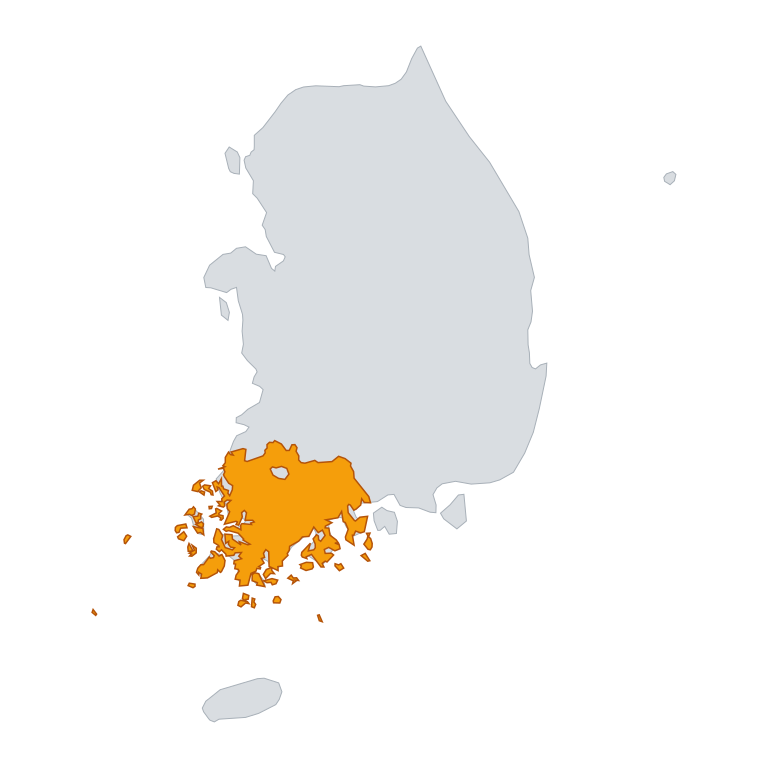 South Jeolla on a map of South Korea (Albers equal-area conic projection)
{"feature_id": "KOR-2506", "entity_name": "South Jeolla", "entity_type": "Metropolitan City", "adm_level": 1, "iso_a3": "KOR", "parent_name": "South Korea", "parent_adm1": "", "projection": "albers", "projection_center": [126.652, 34.734], "detail": "fine", "context": "in_parent", "style": "filled", "palette": "amber", "viewbox_px": 768, "rotation_deg": 0, "n_neighbors": 0, "source": "natural_earth", "source_scale": "10m", "svg_char_len": 9334}
<svg xmlns="http://www.w3.org/2000/svg" viewBox="0 0 768 768"><path d="M251.1,152.1L254.1,149.7L254.3,146.3L254.3,135.3L262.9,127.6L275.1,111.8L281.1,103.1L287.9,95.0L295.8,89.6L303.5,87.0L315.7,85.8L339.1,86.7L343.6,85.7L359.9,84.7L363.7,86.1L375.5,86.9L388.6,85.7L395.2,83.3L401.2,79.2L406.4,72.0L411.7,58.6L417.4,48.1L420.8,46.1L445.7,101.2L469.3,136.6L489.6,162.2L518.9,211.6L527.8,238.2L529.1,254.7L534.4,277.4L530.7,290.6L532.5,311.2L531.0,321.9L527.8,329.8L528.1,344.8L529.4,352.8L529.8,363.4L532.1,367.5L535.5,368.9L540.5,364.9L546.8,363.1L546.1,376.0L539.3,408.6L533.3,432.3L524.7,453.1L513.5,472.2L499.7,479.9L489.9,482.8L471.2,484.1L455.5,481.3L442.2,483.8L436.9,487.9L433.0,494.6L436.1,505.0L435.9,512.7L430.1,512.2L418.6,507.9L406.0,507.5L400.1,505.4L394.0,494.4L387.9,494.9L377.4,501.6L361.3,503.2L355.6,506.8L353.7,511.4L356.1,517.1L364.3,524.6L361.7,532.3L353.2,536.2L346.3,526.9L341.9,517.7L337.1,517.2L329.7,519.9L328.3,529.9L331.8,536.6L337.6,544.4L329.7,553.6L327.6,560.0L321.9,564.7L306.3,554.5L308.5,547.2L315.2,540.1L316.0,532.8L313.7,528.5L291.7,547.0L278.1,568.0L270.8,566.5L267.7,561.1L263.4,558.9L248.6,572.4L245.9,583.1L240.5,583.5L238.1,579.0L237.9,569.3L235.4,561.1L220.2,549.2L213.2,538.7L217.0,532.9L229.7,536.1L239.8,535.7L237.8,530.8L234.6,528.5L241.3,525.7L246.9,520.0L242.2,518.5L235.1,521.7L229.2,520.1L226.9,506.5L219.8,492.5L216.2,478.9L223.2,471.1L226.9,459.0L233.5,441.4L236.7,435.7L245.8,431.6L249.0,427.1L244.1,424.7L236.1,422.7L236.3,417.6L241.7,414.8L247.8,409.3L259.5,402.5L263.1,389.6L259.7,386.4L252.4,383.3L254.1,376.9L257.1,371.9L255.9,369.0L247.4,360.6L241.7,353.0L243.4,344.3L242.1,331.2L242.9,320.2L242.5,314.3L238.3,300.8L236.5,287.4L231.0,289.3L226.6,292.6L210.8,287.8L205.8,287.5L203.8,277.5L209.6,265.2L223.0,254.4L230.7,253.1L236.5,248.3L245.5,246.8L256.3,254.2L266.1,255.7L271.5,268.4L274.8,271.1L275.5,266.4L283.4,260.9L285.2,256.8L283.5,254.5L274.5,252.3L266.3,236.5L265.2,229.6L262.2,225.2L266.6,212.6L257.2,198.2L252.7,193.7L253.4,180.7L248.5,172.5L245.8,168.0L244.1,160.2L245.6,156.7L249.8,155.3L251.1,152.1ZM219.0,719.2L214.3,721.9L210.0,720.2L208.8,718.9L203.6,711.8L202.3,708.1L205.8,701.2L220.2,689.7L257.4,678.7L264.1,678.2L278.7,682.9L281.9,691.8L279.2,699.5L275.8,704.6L258.8,713.3L245.6,717.4L219.0,719.2ZM466.4,521.0L456.9,528.9L443.7,518.8L440.5,513.2L450.2,504.7L458.4,495.0L463.9,494.3L466.4,521.0ZM397.4,521.3L396.4,533.5L389.2,534.2L384.7,526.4L380.2,530.3L377.8,530.4L374.1,520.7L373.4,513.1L381.8,507.2L387.0,510.6L394.4,512.3L397.4,521.3ZM209.9,576.4L203.3,578.3L199.6,574.0L197.1,572.8L198.6,567.2L209.3,556.2L211.4,552.4L221.3,554.7L225.0,560.6L220.4,569.5L209.9,576.4ZM239.9,157.7L239.4,174.1L234.0,173.4L230.3,171.7L228.7,168.5L225.0,153.3L229.2,147.0L237.3,152.0L239.9,157.7ZM203.8,531.5L202.4,534.5L198.0,533.6L193.4,525.0L191.6,518.2L187.1,514.4L194.3,508.6L203.5,519.2L203.8,531.5ZM229.4,312.4L228.0,320.4L221.4,315.1L219.5,297.4L226.3,302.6L229.4,312.4ZM674.4,180.8L670.1,184.7L664.6,181.3L663.8,177.4L666.4,173.9L672.8,171.6L675.9,174.4L674.4,180.8ZM263.3,579.8L265.0,585.7L256.7,584.6L252.3,578.9L252.9,574.0L257.8,573.3L263.3,579.8ZM370.4,545.4L369.3,549.3L364.0,543.5L369.1,537.1L370.4,545.4Z" fill="#d9dde1" stroke="#a8b0b8" stroke-width="1"/><path d="M370.5,502.8L364.3,502.5L361.7,498.8L360.7,505.0L356.0,509.2L353.8,510.2L350.3,505.0L348.7,504.4L347.6,506.0L348.2,512.7L354.4,520.5L355.5,521.0L359.9,517.2L367.6,516.3L364.3,531.7L360.7,532.9L355.6,531.1L353.8,535.2L352.4,535.2L354.1,545.2L345.9,539.8L345.4,537.0L348.2,529.3L345.3,522.5L343.2,521.6L341.6,511.5L337.9,517.8L325.8,519.8L331.9,522.7L325.4,526.1L325.1,527.8L328.9,528.2L330.0,535.2L336.2,539.9L338.4,543.0L334.8,543.0L339.2,544.7L340.1,548.7L334.9,550.8L328.7,547.4L324.3,549.5L325.2,553.4L331.4,553.2L333.6,555.0L327.0,562.0L325.2,561.1L322.2,563.4L323.9,567.0L321.0,567.0L311.5,554.4L306.2,556.8L306.9,558.6L302.3,557.0L301.3,555.2L301.8,552.3L310.4,543.2L308.3,550.9L313.8,549.8L315.3,547.7L315.2,544.0L313.1,538.9L316.6,534.7L318.4,536.0L318.6,539.7L320.7,541.3L325.1,535.5L322.4,530.1L318.2,532.6L313.8,527.0L308.9,536.4L302.4,536.9L298.7,541.1L289.6,546.3L289.3,550.2L287.2,553.6L288.0,555.3L282.3,560.9L282.5,566.0L277.9,566.6L278.1,570.6L269.1,566.4L268.7,551.8L265.8,549.6L263.5,553.2L264.6,557.5L261.4,558.5L264.1,563.0L258.7,566.6L260.6,567.5L260.2,569.0L256.8,568.4L256.0,571.1L251.0,573.4L247.9,585.2L239.4,586.0L240.1,580.1L235.2,579.2L236.1,575.2L239.1,571.1L238.2,569.4L234.8,568.7L235.6,564.1L233.8,563.8L234.2,560.8L241.6,558.7L238.7,556.2L241.4,552.5L235.2,552.8L233.8,555.3L226.1,556.1L225.9,554.2L221.5,549.8L219.4,551.7L216.3,549.2L217.0,546.8L219.1,546.8L218.7,545.5L213.9,542.6L213.7,539.0L216.7,528.8L218.9,529.5L222.7,535.7L221.5,539.5L225.2,547.6L232.5,549.9L234.5,547.7L230.6,547.1L228.4,544.2L228.7,541.3L225.6,543.4L224.9,534.1L232.0,534.7L232.5,539.1L241.0,545.0L239.3,541.7L247.8,544.8L250.0,544.2L243.0,540.0L243.7,539.1L238.2,533.2L228.7,530.6L226.1,531.3L223.4,529.3L226.3,526.9L229.4,527.4L233.3,525.7L240.9,529.8L240.7,525.2L241.9,523.6L251.5,524.5L250.7,523.0L254.2,522.0L252.7,520.3L245.1,520.3L246.5,512.7L244.3,510.4L241.6,512.7L242.3,516.9L238.7,525.2L236.0,524.6L237.4,522.0L236.0,521.3L224.4,524.2L229.7,511.7L227.3,508.6L226.9,504.2L230.9,500.4L227.2,500.0L224.2,502.0L224.8,505.8L223.4,507.1L218.5,505.8L219.9,505.0L217.1,501.5L222.0,501.5L221.7,498.8L224.5,496.0L219.1,487.7L217.2,487.0L218.0,489.8L215.8,491.5L212.4,482.7L215.9,480.7L218.6,483.7L221.4,478.6L221.6,486.1L222.8,486.1L223.7,488.9L228.4,490.5L227.9,493.3L229.7,495.7L232.3,489.8L232.6,485.6L228.7,483.2L224.3,476.5L223.5,474.7L224.9,471.8L223.6,468.3L218.0,469.1L225.0,466.7L222.9,465.7L225.3,462.7L225.3,457.4L228.5,452.1L230.5,454.6L233.2,455.1L231.0,452.0L243.0,448.6L245.9,449.4L244.6,460.7L247.1,461.5L263.0,455.9L265.2,452.9L264.9,450.3L267.1,448.0L267.0,444.6L269.5,442.3L273.0,442.6L274.7,440.6L281.4,444.0L286.2,450.5L289.3,450.4L291.9,444.8L294.9,444.6L297.0,447.7L296.1,451.3L298.8,455.9L298.7,460.0L301.1,462.6L304.9,463.2L314.8,460.4L318.0,462.6L332.0,461.6L338.6,456.3L345.1,458.6L351.0,463.2L350.5,466.0L353.6,471.6L354.1,478.2L368.8,496.6L370.5,502.8ZM286.8,468.4L281.5,466.4L276.1,467.9L272.4,466.9L270.2,469.0L273.0,475.1L278.6,478.4L284.9,479.4L288.9,474.1L286.8,468.4ZM225.0,560.5L224.3,566.0L221.4,571.7L220.4,572.4L217.7,569.8L217.3,572.6L207.5,577.9L200.8,578.3L201.6,574.1L198.7,572.3L198.7,574.9L196.5,572.3L197.8,568.2L200.8,564.8L203.6,564.6L209.3,556.9L210.4,558.3L213.5,557.6L214.2,555.7L210.8,552.0L211.4,551.0L214.8,551.8L219.1,556.1L221.9,554.5L225.0,560.5ZM258.8,573.7L264.8,586.6L256.7,585.1L257.4,582.7L252.1,580.7L252.2,574.6L254.7,572.8L258.8,573.7ZM306.3,562.3L312.6,562.7L313.4,567.0L312.1,568.9L306.0,570.5L300.6,568.0L301.3,565.8L299.9,564.6L306.3,562.3ZM368.5,536.8L370.6,538.5L372.2,543.4L372.0,547.0L370.3,549.8L368.0,549.3L363.9,544.2L367.1,539.1L367.9,535.9L366.5,533.3L370.0,533.1L368.5,536.8ZM197.7,491.6L192.2,490.3L193.5,485.2L199.7,480.2L203.3,480.2L199.5,483.0L201.2,487.8L197.7,491.6ZM219.0,514.8L223.0,515.7L223.2,518.3L221.2,520.2L220.1,519.8L220.8,517.8L217.6,516.0L211.7,517.4L209.8,516.2L216.2,512.9L215.6,508.9L216.7,508.4L221.6,511.0L218.8,513.5L219.0,514.8ZM265.6,578.5L263.3,574.5L266.3,569.5L270.4,567.9L271.7,568.1L271.8,570.5L274.4,573.7L270.6,573.4L265.6,578.5ZM185.8,524.0L187.0,527.8L180.7,528.2L179.0,532.4L176.6,532.8L175.2,530.6L175.4,527.4L177.3,525.6L185.8,524.0ZM192.0,508.7L193.5,506.8L195.4,509.0L194.5,514.0L191.9,515.5L189.5,514.3L184.9,515.0L189.2,509.2L192.0,508.7ZM202.9,528.5L203.8,534.9L200.3,532.4L197.6,533.1L193.3,526.6L202.9,528.5ZM183.8,531.7L186.7,536.2L183.8,540.7L178.5,538.8L177.6,536.8L183.8,531.7ZM196.1,523.0L193.1,516.6L197.8,516.2L198.8,513.1L201.8,514.1L200.5,515.7L200.8,518.8L198.4,519.9L198.1,522.5L196.1,523.0ZM210.3,492.2L204.3,489.5L202.6,486.3L204.6,484.9L210.5,485.8L208.7,488.5L212.4,491.1L213.0,495.0L211.2,494.7L210.3,492.2ZM276.0,583.7L272.3,584.8L271.0,582.4L266.9,582.7L263.7,580.8L272.0,578.6L277.7,580.1L276.0,583.7ZM278.3,596.5L281.0,599.6L279.8,603.0L273.6,602.8L273.2,600.9L275.1,596.8L278.3,596.5ZM247.4,601.6L248.9,603.6L245.6,603.0L241.0,606.9L237.9,605.3L238.8,601.6L240.6,600.3L247.4,601.6ZM340.9,563.7L343.7,568.1L339.4,570.7L335.0,565.9L335.1,563.7L338.6,564.9L340.9,563.7ZM196.3,548.2L196.2,552.9L191.9,556.2L189.6,556.0L191.6,554.1L189.2,553.2L194.4,550.2L192.2,545.2L196.3,548.2ZM365.2,553.4L369.8,560.7L367.7,561.2L361.1,555.6L365.2,553.4ZM248.8,595.5L248.2,599.2L245.9,599.4L245.9,600.8L242.4,598.8L243.4,593.4L248.8,595.5ZM296.6,577.8L298.6,580.5L295.3,580.2L296.2,580.9L292.6,583.6L293.3,580.8L287.8,578.2L291.2,575.1L293.3,578.0L296.6,577.8ZM127.8,534.9L130.8,536.4L125.5,543.6L124.5,543.2L124.0,539.7L126.1,535.7L127.8,534.9ZM253.9,602.0L255.7,604.4L254.3,607.8L251.5,606.7L252.2,598.1L254.8,599.0L253.9,602.0ZM203.5,523.9L203.0,526.7L201.2,527.7L195.7,524.4L201.5,521.9L203.5,523.9ZM192.0,551.2L188.2,551.3L187.8,547.0L189.0,543.5L192.3,549.7L192.0,551.2ZM195.0,584.1L195.0,586.4L193.0,587.7L188.1,585.6L189.3,583.2L195.0,584.1ZM95.7,615.4L92.1,612.4L93.1,609.5L96.6,614.1L95.7,615.4ZM204.6,492.0L204.0,495.1L199.5,492.0L201.1,490.8L204.6,492.0ZM319.2,614.8L322.2,621.7L319.3,620.7L317.6,615.3L319.2,614.8ZM211.5,508.5L209.3,508.8L209.0,506.5L212.2,506.3L211.5,508.5Z" fill="#f59e0b" stroke="#b45309" stroke-width="1.5"/></svg>